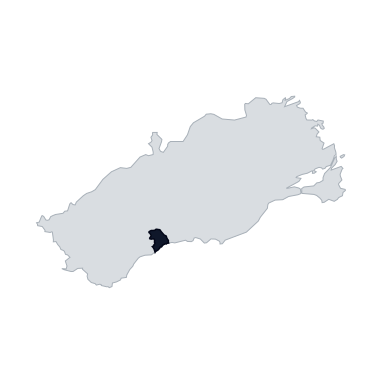 where Giresun sits in Turkey, rotated 154°
{"feature_id": "TUR-2292", "entity_name": "Giresun", "entity_type": "Province", "adm_level": 1, "iso_a3": "TUR", "parent_name": "Turkey", "parent_adm1": "", "projection": "orthographic", "projection_center": [38.652, 40.562], "detail": "fine", "context": "in_parent", "style": "filled", "palette": "ink", "viewbox_px": 384, "rotation_deg": 154, "n_neighbors": 0, "source": "natural_earth", "source_scale": "10m", "svg_char_len": 4841}
<svg xmlns="http://www.w3.org/2000/svg" viewBox="0 0 384 384"><g transform="rotate(154 192 192)"><path d="M288.4,144.0L293.4,145.6L294.9,144.3L299.4,144.3L303.4,145.1L305.4,142.1L308.3,142.3L308.9,143.7L310.2,144.2L314.5,147.7L314.1,148.2L315.2,149.5L318.8,150.3L319.2,152.1L322.2,154.8L323.8,159.1L323.2,162.2L321.7,164.2L324.3,170.6L323.7,171.5L328.2,173.4L333.7,172.7L335.5,173.5L341.1,178.3L342.6,180.2L338.8,178.0L336.8,180.3L336.1,185.5L330.3,186.8L331.4,190.0L333.0,191.4L332.7,194.6L333.2,195.8L335.0,197.8L334.9,200.6L335.7,203.5L336.0,207.1L338.5,208.0L337.5,209.8L335.1,217.1L335.4,217.7L337.2,217.8L341.6,220.9L340.9,222.0L341.7,226.6L345.5,229.4L345.0,230.9L345.2,232.5L342.6,231.9L337.5,236.4L336.8,236.3L336.0,235.0L335.6,230.9L334.3,229.9L332.6,229.7L329.8,231.8L327.1,231.8L324.5,231.6L317.3,229.4L314.8,230.5L312.1,229.6L307.0,234.9L305.4,235.4L304.5,232.9L302.7,231.6L300.4,233.6L291.4,236.3L287.3,236.9L282.1,236.2L277.9,236.5L266.6,242.4L255.6,245.5L245.7,245.3L240.3,241.8L236.1,241.0L223.4,246.2L217.2,245.9L215.2,243.7L210.5,242.7L209.4,244.8L208.3,249.8L209.9,254.5L207.2,254.7L205.4,255.7L204.9,259.2L202.4,260.5L201.5,262.6L201.1,262.7L197.2,260.8L198.3,259.1L196.0,252.5L197.3,250.6L202.6,245.5L202.5,242.4L200.4,240.2L193.8,243.8L193.1,245.3L191.6,246.4L189.2,246.8L177.9,241.3L171.0,245.4L164.9,251.5L160.4,253.6L147.5,254.6L145.1,255.7L140.8,254.1L138.3,252.2L132.9,244.4L122.2,238.0L110.6,235.7L109.4,237.0L108.5,242.6L106.2,247.7L105.2,248.2L102.7,246.6L93.4,248.8L86.0,244.5L84.8,242.9L83.7,236.6L82.6,236.0L81.3,236.7L80.0,236.5L74.8,233.3L71.9,232.7L69.8,235.1L66.8,235.8L66.8,235.1L68.1,233.6L63.5,233.3L60.9,234.3L57.7,233.1L58.0,232.4L60.8,231.9L67.0,231.7L71.4,228.1L56.7,226.5L55.2,227.2L55.3,225.1L56.2,224.2L60.1,223.9L60.1,222.1L58.0,219.9L55.5,218.6L54.9,214.0L53.8,212.7L54.0,212.1L56.5,211.7L57.3,208.5L57.2,206.4L52.8,204.1L51.7,204.1L50.8,202.2L49.0,200.7L47.2,201.5L42.9,198.2L44.0,196.4L45.2,196.6L45.6,195.1L45.0,192.5L45.3,191.2L46.3,191.0L47.4,191.4L48.4,193.1L48.2,196.0L49.2,197.8L50.3,196.2L52.3,197.5L56.2,197.1L57.0,196.5L54.2,196.2L53.3,195.3L51.6,190.3L54.1,189.3L56.1,187.2L53.1,185.2L54.2,182.1L51.9,178.1L56.1,173.9L56.0,173.2L54.9,172.8L43.4,173.2L43.6,171.1L44.6,169.4L45.2,164.9L46.0,162.6L48.2,162.1L51.2,158.9L55.9,155.3L60.1,156.0L62.0,155.0L64.5,155.3L65.0,157.0L67.1,158.5L71.1,158.8L73.1,158.0L71.5,155.7L73.9,155.3L75.6,156.0L74.4,158.1L74.9,158.4L80.0,158.3L85.3,159.5L91.2,159.9L92.1,159.3L88.1,156.5L91.0,154.8L92.6,154.6L105.1,154.1L105.2,153.6L97.8,151.8L94.2,148.7L93.3,147.2L94.4,143.7L95.3,142.9L98.0,143.1L107.1,145.6L113.8,145.3L120.9,148.3L127.8,148.4L129.3,147.5L131.4,144.3L141.6,139.4L145.2,136.8L160.7,132.1L183.3,134.2L187.4,132.2L189.6,133.0L188.9,134.5L189.0,135.9L191.6,139.4L195.6,141.5L201.2,140.0L203.3,140.7L205.1,146.1L208.6,149.4L210.2,149.7L212.4,147.8L214.4,147.7L217.8,149.6L218.9,151.5L229.8,153.8L232.1,155.5L239.5,157.1L256.0,153.3L262.0,155.8L267.0,156.5L269.2,156.1L275.8,152.9L277.8,151.2L281.9,149.6L287.0,146.0L288.4,144.0ZM79.7,125.4L79.0,127.7L79.7,130.4L81.5,134.3L83.5,136.4L93.9,142.6L91.9,147.0L89.1,147.4L79.9,144.1L75.8,145.5L73.2,144.7L69.2,145.0L67.8,147.6L64.7,150.5L56.7,153.4L48.7,160.1L46.6,160.9L47.9,158.4L48.1,156.0L51.5,153.8L56.0,152.3L57.3,150.7L46.7,149.6L46.0,147.0L47.1,146.7L51.1,143.0L51.7,141.3L52.0,137.1L56.5,135.3L57.0,134.4L56.9,130.2L53.2,127.2L53.5,126.1L56.5,125.4L58.4,122.7L62.6,122.7L64.7,121.6L68.3,121.3L72.3,125.5L77.7,124.8L79.7,125.4ZM43.2,159.1L39.5,159.2L38.5,158.4L39.8,157.3L42.7,156.9L43.4,158.2L43.2,159.1Z" fill="#d9dde1" stroke="#a8b0b8" stroke-width="1"/><path d="M235.3,156.4L236.0,156.5L236.7,156.8L237.0,156.8L237.7,156.6L238.0,156.6L238.7,157.3L239.0,157.3L239.6,157.1L240.2,157.2L240.6,157.3L240.8,157.1L242.0,157.1L242.2,156.9L242.8,156.3L243.0,156.2L243.5,156.0L243.8,156.2L244.1,156.5L244.3,156.5L244.6,156.5L244.8,156.5L244.9,156.4L245.1,156.3L245.2,156.1L245.4,156.1L245.7,155.7L245.8,155.6L246.2,155.4L247.3,155.1L247.6,155.0L247.8,154.8L248.1,154.7L249.9,154.6L251.2,154.3L251.3,154.2L251.6,154.0L251.2,156.5L251.1,157.6L251.3,159.5L251.6,160.3L249.7,160.5L249.5,160.8L249.5,161.1L249.2,161.2L248.8,161.4L248.3,161.8L247.8,162.1L247.6,162.6L247.8,163.3L247.5,163.8L247.1,164.3L246.9,164.5L246.8,165.6L246.8,166.4L247.2,166.9L249.1,167.4L249.6,167.7L250.0,168.2L250.3,168.3L250.3,169.1L249.8,169.4L248.2,170.3L247.8,170.8L247.8,171.5L247.9,172.2L247.8,172.9L248.0,173.6L248.4,174.2L248.3,174.9L247.6,175.2L246.2,175.3L245.5,175.3L243.9,174.5L242.3,173.9L240.6,174.3L239.6,173.7L238.7,173.0L237.8,172.5L237.2,171.6L237.2,170.4L235.9,165.5L234.5,163.8L234.5,163.2L234.7,162.8L234.8,162.1L234.7,161.4L234.8,160.7L234.7,160.0L234.5,159.4L234.5,158.7L234.7,158.2L235.1,157.8L235.3,157.2L235.3,156.5L235.3,156.4Z" fill="#0f172a" stroke="#020617" stroke-width="1.5"/></g></svg>